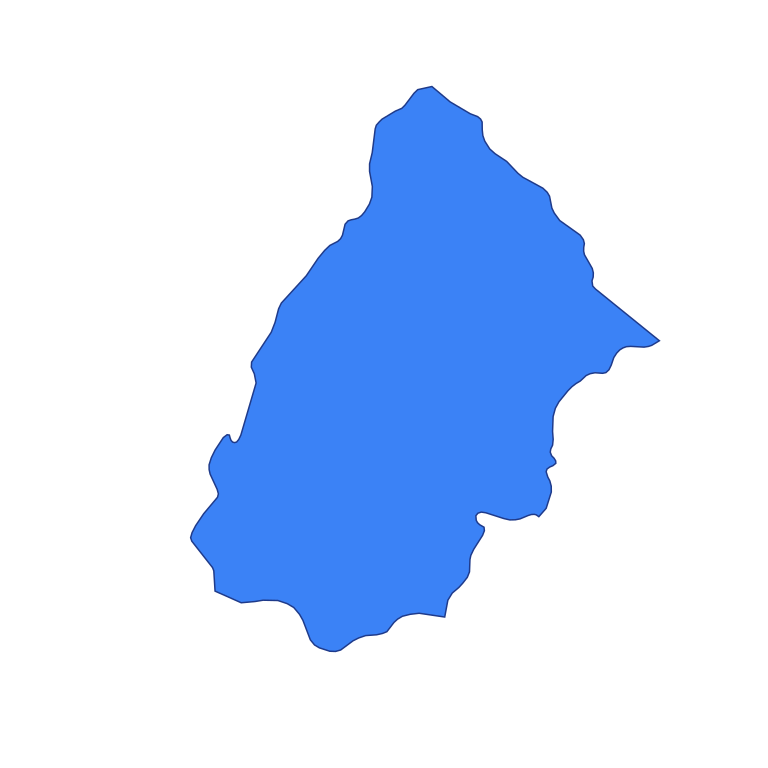 map outline of Hunedoara (Natural Earth projection), rotated 237°
{"feature_id": "ROU-297", "entity_name": "Hunedoara", "entity_type": "County", "adm_level": 1, "iso_a3": "ROU", "parent_name": "Romania", "parent_adm1": "", "projection": "natural_earth1", "projection_center": [22.886, 45.787], "detail": "fine", "context": "isolated", "style": "filled", "palette": "blue", "viewbox_px": 768, "rotation_deg": 237, "n_neighbors": 0, "source": "natural_earth", "source_scale": "10m", "svg_char_len": 2475}
<svg xmlns="http://www.w3.org/2000/svg" viewBox="0 0 768 768"><g transform="rotate(237 384 384)"><path d="M607.4,586.2L584.6,593.1L563.7,603.5L557.2,608.2L553.6,609.3L550.3,609.0L543.6,604.8L538.5,602.2L532.8,600.8L523.5,600.7L516.6,602.6L503.9,608.1L487.7,611.1L481.8,613.0L461.7,623.9L455.9,625.3L451.3,625.1L440.1,620.6L434.7,619.9L425.4,620.4L402.0,629.6L396.4,629.8L392.6,628.5L389.9,626.0L386.7,623.8L383.2,622.5L367.5,621.6L363.2,620.1L359.8,617.7L357.2,614.6L352.5,612.4L348.4,613.1L270.3,638.5L270.6,629.6L271.5,626.2L273.3,622.2L281.2,611.4L283.3,607.6L284.1,604.1L284.2,600.3L283.2,596.0L281.0,591.1L276.1,584.9L273.4,580.4L272.7,576.3L273.9,573.2L278.5,567.1L280.4,562.4L281.0,558.1L279.6,550.3L279.8,545.3L279.4,540.1L278.2,534.7L273.8,521.0L270.3,514.5L264.6,508.1L252.5,499.6L245.4,495.7L240.9,492.1L238.7,488.5L236.3,486.3L232.5,485.5L229.1,486.2L226.0,486.1L223.9,484.9L223.5,481.1L224.1,477.7L223.9,474.4L222.1,472.2L216.8,470.7L212.4,470.3L207.2,468.6L202.3,465.5L191.4,452.3L188.4,441.6L191.4,440.4L192.8,439.1L194.3,436.5L195.2,433.3L196.8,424.6L198.6,420.2L201.5,415.5L205.8,411.3L220.5,399.3L223.6,395.8L224.5,392.4L223.5,389.3L219.4,387.1L216.8,386.9L213.9,387.6L209.4,389.9L206.3,388.3L203.4,384.3L196.5,369.2L193.0,363.5L190.0,360.5L179.9,353.4L176.5,348.6L174.1,341.7L172.6,336.0L171.5,327.4L167.9,319.8L155.5,308.0L172.6,288.6L176.6,280.5L179.2,272.9L179.4,267.3L178.6,262.5L174.7,251.5L175.6,246.9L177.7,241.2L183.0,231.6L184.8,224.5L185.5,218.1L184.5,202.8L186.1,197.7L189.4,193.0L197.9,186.1L203.0,183.6L209.6,182.9L230.0,187.3L236.8,187.7L245.7,186.6L252.5,183.2L260.2,177.1L268.5,164.9L271.8,157.4L278.3,145.1L302.3,129.5L320.0,139.5L323.4,140.2L356.8,137.2L360.4,138.1L363.9,142.1L367.8,148.9L373.4,162.1L379.7,182.7L382.1,185.3L386.5,186.7L403.1,189.1L407.4,190.7L411.5,193.3L416.2,199.0L420.6,206.4L426.6,220.1L426.9,224.8L425.4,226.5L422.7,225.6L420.0,225.0L417.7,225.4L416.2,226.8L415.6,228.8L416.6,232.0L419.1,236.1L454.5,277.3L463.2,280.8L470.4,281.9L474.5,284.9L488.8,317.6L495.0,326.2L504.5,336.6L507.8,342.0L517.1,377.8L525.3,397.2L528.4,407.1L529.7,414.1L528.8,422.8L529.5,426.7L531.4,430.2L539.2,438.4L540.4,442.7L539.6,445.9L538.2,449.3L537.2,452.9L537.5,456.9L538.9,461.6L542.8,469.7L547.3,475.6L556.0,481.8L570.2,487.7L576.5,491.8L584.4,500.1L602.8,515.6L605.2,518.5L606.5,523.1L607.2,526.6L606.7,542.1L605.5,549.1L606.4,553.4L611.5,567.5L612.5,572.6L607.4,586.2Z" fill="#3b82f6" stroke="#1e3a8a" stroke-width="1.5"/></g></svg>